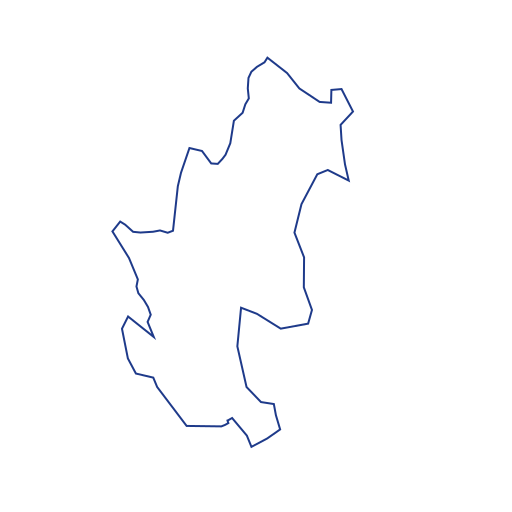 outline of Riebinu, rotated 235°
{"feature_id": "LVA-5752", "entity_name": "Riebinu", "entity_type": "Municipality", "adm_level": 1, "iso_a3": "LVA", "parent_name": "Latvia", "parent_adm1": "", "projection": "equal_earth", "projection_center": [26.825, 56.342], "detail": "fine", "context": "isolated", "style": "outline", "palette": "blue", "viewbox_px": 512, "rotation_deg": 235, "n_neighbors": 0, "source": "natural_earth", "source_scale": "10m", "svg_char_len": 1147}
<svg xmlns="http://www.w3.org/2000/svg" viewBox="0 0 512 512"><g transform="rotate(235 256 256)"><path d="M341.5,174.8L334.9,185.6L332.0,192.0L325.7,197.0L324.3,202.5L358.0,232.0L367.2,242.3L382.6,263.4L373.0,272.0L357.5,272.4L353.4,277.5L354.8,284.1L356.4,289.1L363.1,299.6L379.5,315.5L381.0,327.2L386.4,334.3L389.2,340.5L398.0,345.4L406.2,352.0L409.6,357.9L410.4,365.3L409.8,374.1L411.9,379.1L388.0,386.4L368.4,387.6L345.7,396.5L338.5,405.4L348.8,413.0L343.7,421.8L318.7,418.3L314.9,400.5L302.0,392.6L280.1,381.5L264.6,375.2L285.3,364.1L287.8,353.1L272.4,323.0L253.1,300.9L227.3,294.6L202.9,277.2L179.7,270.9L170.7,259.9L182.3,234.6L208.1,223.6L222.2,214.1L192.7,188.9L154.1,173.1L133.5,176.3L124.5,185.7L114.2,181.0L100.1,176.3L100.1,160.5L102.3,142.8L114.1,145.5L137.0,143.5L137.4,139.1L137.6,138.3L135.0,137.5L135.4,133.7L136.3,129.9L156.6,101.7L205.4,99.9L215.3,102.1L228.6,90.2L245.6,92.3L273.3,104.5L279.8,116.5L248.3,125.8L264.2,129.4L268.3,136.1L276.2,138.3L284.2,138.9L293.0,138.3L299.6,140.6L304.6,145.8L327.2,150.8L358.5,152.5L362.1,164.5L356.7,166.8L346.3,169.2L341.5,174.8Z" fill="none" stroke="#1e3a8a" stroke-width="2"/></g></svg>